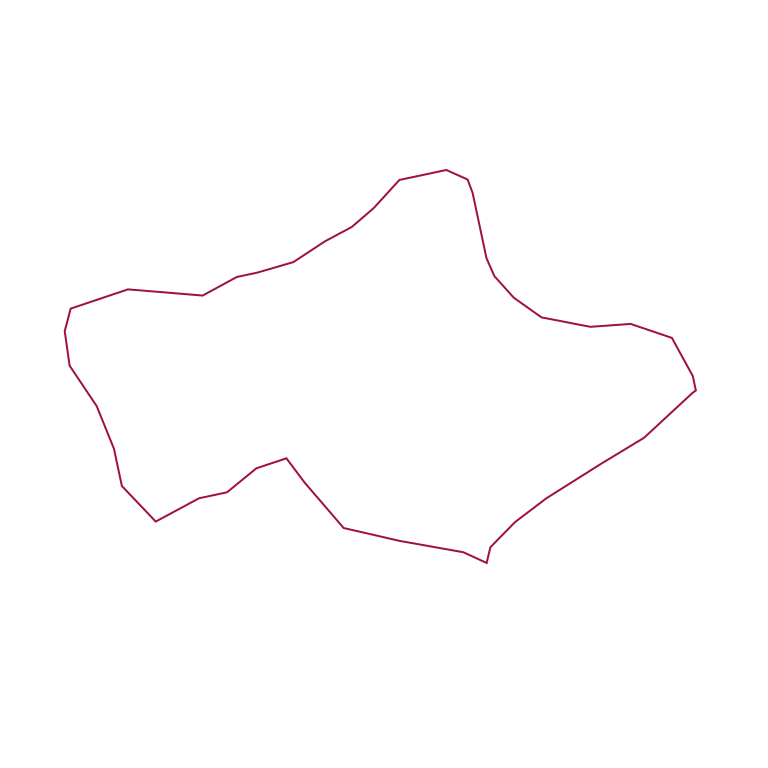 the Statistical Region of Plasnica, rotated 348°
{"feature_id": "MKD-2902", "entity_name": "Plasnica", "entity_type": "Statistical Region", "adm_level": 1, "iso_a3": "MKD", "parent_name": "North Macedonia", "parent_adm1": "", "projection": "albers", "projection_center": [21.117, 41.443], "detail": "fine", "context": "isolated", "style": "outline", "palette": "rose", "viewbox_px": 768, "rotation_deg": 348, "n_neighbors": 0, "source": "natural_earth", "source_scale": "10m", "svg_char_len": 726}
<svg xmlns="http://www.w3.org/2000/svg" viewBox="0 0 768 768"><g transform="rotate(348 384 384)"><path d="M489.4,187.6L508.3,201.4L510.4,215.4L510.4,248.7L510.4,282.2L514.4,301.5L528.9,326.6L551.9,351.6L597.8,371.0L637.7,376.5L675.2,398.8L687.7,440.4L687.7,455.1L683.3,457.2L627.3,490.6L579.4,507.3L518.9,529.6L483.5,546.3L454.1,565.8L447.2,580.4L426.7,565.1L366.6,540.7L314.6,516.5L286.0,464.2L273.1,436.4L241.7,439.9L207.9,457.3L204.2,457.3L179.3,457.3L132.1,471.1L106.4,429.3L106.4,391.2L98.4,346.0L80.3,300.7L82.7,265.9L93.2,245.1L153.2,238.2L223.7,259.4L224.9,259.8L262.3,248.7L283.3,248.7L320.7,245.9L356.1,232.1L385.1,223.7L410.5,209.8L441.5,187.6L489.4,187.6Z" fill="none" stroke="#9f1239" stroke-width="2"/></g></svg>